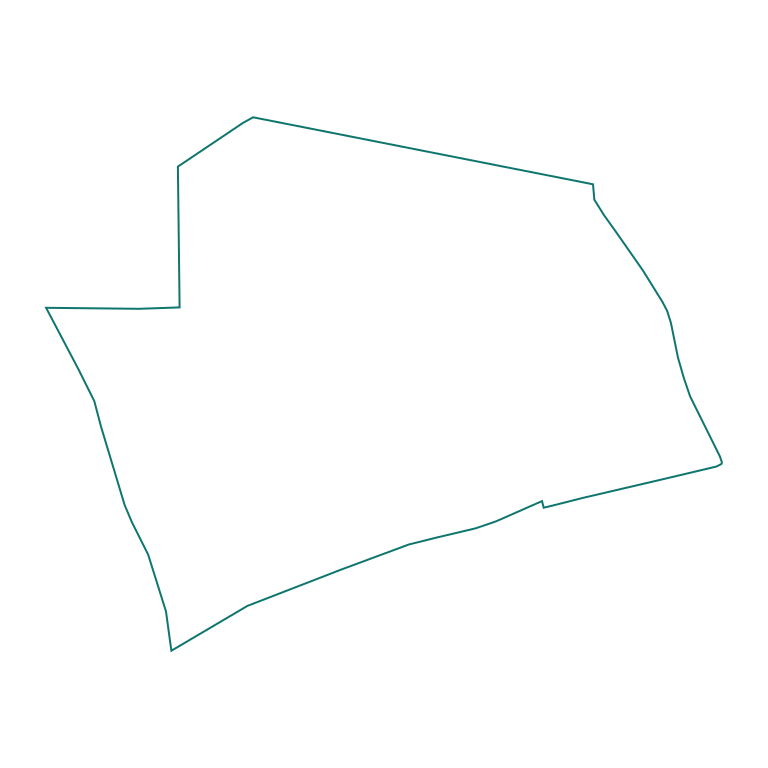 Lipova, Arad, Romania (Natural Earth projection)
{"feature_id": "2599482B8806038231558", "entity_name": "Lipova", "entity_type": "district", "adm_level": 2, "iso_a3": "ROU", "parent_name": "Romania", "parent_adm1": "Arad", "projection": "natural_earth1", "projection_center": [21.522, 46.238], "detail": "fine", "context": "isolated", "style": "outline", "palette": "teal", "viewbox_px": 768, "rotation_deg": 0, "n_neighbors": 0, "source": "geoboundaries", "source_scale": "gbopen_adm2", "svg_char_len": 664}
<svg xmlns="http://www.w3.org/2000/svg" viewBox="0 0 768 768"><path d="M253.1,117.3L243.1,122.8L177.9,166.6L179.6,307.4L139.3,308.8L46.1,307.8L78.3,369.0L94.3,401.1L101.0,426.6L124.7,505.2L131.9,522.2L148.2,554.7L166.0,611.5L169.7,638.6L171.4,650.7L247.4,605.9L341.1,569.6L408.8,544.5L436.4,537.6L475.7,528.3L495.9,521.4L542.0,501.1L543.7,507.7L551.3,505.9L583.7,497.7L662.5,479.3L716.5,466.5L721.4,464.0L721.7,463.4L721.9,462.3L719.8,456.2L690.1,396.4L683.9,378.2L678.0,357.7L670.9,322.8L667.1,310.8L662.5,302.0L643.0,270.6L616.4,232.5L603.9,215.0L594.3,199.6L593.8,193.4L593.4,188.9L593.0,184.3L253.1,117.3Z" fill="none" stroke="#0f766e" stroke-width="2"/></svg>